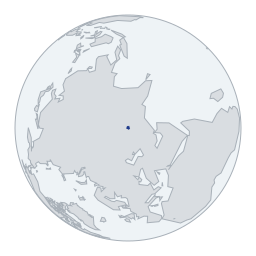 Parwan on an orthographic globe, rotated 225°
{"feature_id": "AFG-1772", "entity_name": "Parwan", "entity_type": "Province", "adm_level": 1, "iso_a3": "AFG", "parent_name": "Afghanistan", "parent_adm1": "", "projection": "orthographic", "projection_center": [68.914, 35.004], "detail": "fine", "context": "on_globe", "style": "filled", "palette": "blue", "viewbox_px": 256, "rotation_deg": 225, "n_neighbors": 0, "source": "natural_earth", "source_scale": "10m", "svg_char_len": 10948}
<svg xmlns="http://www.w3.org/2000/svg" viewBox="0 0 256 256"><g transform="rotate(225 128 128)"><circle cx="128" cy="128" r="113" fill="#eef3f6" stroke="#a8b0b8"/><path d="M149.3,17.4L151.2,18.2L160.2,22.0L165.6,23.6L162.4,23.1L174.3,27.0L180.8,30.7L171.9,26.3L169.8,25.8L173.4,28.0L172.0,28.0L173.0,29.1L171.0,29.0L166.0,26.8L164.6,26.7L167.2,28.3L166.9,29.4L163.2,27.0L162.3,28.8L153.7,26.1L145.4,20.9L139.0,20.4L126.3,18.0L125.9,18.6L120.8,18.4L118.5,19.2L116.8,18.8L116.3,19.7L118.3,20.0L118.8,20.5L117.6,21.1L115.2,20.6L115.5,20.2L114.2,20.4L113.5,20.0L113.1,20.5L110.4,20.0L111.3,21.3L107.6,21.7L106.3,21.2L108.8,20.1L112.1,17.3L111.6,17.0L108.3,17.3L97.0,19.9L95.4,20.2L91.5,21.5L91.2,21.6L94.2,20.8L92.8,21.7L96.6,20.9L96.6,21.2L99.5,21.1L96.5,22.4L91.9,23.8L89.3,24.1L87.2,24.9L87.6,25.8L80.7,27.8L72.6,32.1L71.1,32.6L72.0,31.1L77.3,27.7L78.3,26.9L85.7,23.6L93.3,20.8L101.1,18.6L109.0,17.0L117.0,15.9L125.1,15.4L133.2,15.5L141.3,16.1L149.3,17.4ZM77.9,27.1L75.1,28.8L71.4,30.7L69.7,31.7L68.3,32.6L68.7,32.5L66.9,33.6L68.8,32.2L70.8,31.0L70.4,31.2L71.8,30.4L77.9,27.1ZM152.8,18.1L153.1,18.2L151.3,17.8L151.5,17.8L152.8,18.1ZM169.8,25.0L167.7,24.0L170.2,25.1L169.8,25.0ZM173.5,29.3L174.5,29.7L174.6,30.1L173.5,29.3ZM101.0,20.5L100.3,20.8L100.1,20.6L101.0,20.5ZM103.0,20.2L103.3,19.8L104.3,19.6L104.1,19.8L103.0,20.2ZM171.6,30.4L171.4,31.2L170.7,30.0L171.6,30.4ZM102.3,20.7L106.0,19.3L107.7,19.1L108.3,19.9L102.3,20.7ZM170.7,31.4L170.2,33.7L172.4,34.6L165.7,33.5L168.4,31.8L167.2,30.1L169.1,31.2L170.7,31.4ZM119.5,19.8L117.3,19.6L120.2,19.3L119.5,19.8ZM121.2,19.6L129.6,18.5L132.2,19.3L128.9,19.4L133.2,20.2L130.3,21.1L127.3,20.9L126.2,20.1L126.0,21.1L121.2,19.6ZM162.1,32.8L161.2,33.1L161.2,32.3L162.1,32.8ZM119.2,20.7L120.7,20.4L123.0,21.0L120.5,21.9L120.6,21.4L119.2,20.7ZM135.7,20.1L137.0,20.9L135.0,21.8L135.3,22.2L130.5,21.2L135.7,20.1ZM119.4,21.5L119.2,22.3L117.0,22.6L117.9,21.2L119.4,21.5ZM124.7,20.8L125.7,21.2L124.3,21.3L124.7,20.8ZM109.0,24.2L110.7,23.5L112.1,23.8L109.0,24.2ZM119.3,22.6L120.1,22.6L120.8,22.6L120.2,23.2L119.3,22.6ZM129.4,22.0L128.4,22.3L131.3,22.4L130.0,23.2L127.0,22.5L127.7,23.2L127.3,23.4L125.4,22.6L129.4,22.0ZM121.8,24.1L117.6,23.7L114.1,24.8L112.8,24.5L118.6,22.9L121.8,24.1ZM124.1,23.3L122.4,23.7L121.6,23.1L122.3,22.4L124.1,23.3ZM130.1,24.1L133.0,23.0L133.5,23.3L130.1,24.1ZM121.0,24.5L122.0,24.6L120.8,24.7L121.0,24.5ZM127.5,24.3L128.4,23.9L129.0,24.1L127.5,24.3ZM123.3,25.3L121.9,25.1L122.4,24.6L123.3,25.3ZM125.4,24.9L126.0,25.4L123.3,24.5L125.7,24.7L125.4,24.9ZM127.9,24.6L128.6,24.6L127.4,24.8L127.9,24.6ZM122.5,27.5L119.1,26.5L120.0,25.3L123.2,26.4L122.5,27.5ZM17.7,127.4L19.3,108.3L21.3,104.6L23.7,97.9L39.8,87.8L40.9,92.0L50.9,98.2L51.8,100.1L48.1,104.7L53.7,117.5L58.4,114.7L65.9,123.1L72.4,125.8L79.1,116.5L68.4,111.9L69.0,106.0L79.5,105.4L89.3,109.8L89.8,107.7L85.7,101.0L90.0,98.3L84.5,98.4L85.2,101.1L81.8,101.3L80.9,98.9L82.5,98.0L80.2,95.9L73.3,101.4L73.3,104.7L65.9,102.5L65.1,107.9L62.3,109.1L62.6,100.4L64.2,98.0L63.0,87.3L60.7,89.5L61.6,99.9L60.4,98.4L57.3,102.0L58.7,98.1L58.2,86.6L52.9,84.3L42.5,89.7L40.2,88.0L39.9,83.6L47.4,74.6L51.7,79.5L54.4,76.9L56.7,70.8L57.8,73.0L59.3,71.2L61.2,73.0L67.1,71.1L69.6,72.5L74.8,67.9L76.8,68.1L73.1,70.7L71.9,73.5L78.4,77.5L80.5,77.1L83.4,73.8L84.8,75.6L86.8,71.9L92.0,72.9L87.3,68.8L90.6,65.4L95.4,64.0L95.6,62.3L87.9,64.6L85.6,66.2L84.9,68.7L77.8,73.1L74.9,72.6L79.2,65.6L75.6,64.4L80.5,59.9L98.3,55.8L104.3,56.5L107.8,64.7L104.7,66.4L101.9,64.1L101.8,69.4L103.1,67.4L104.3,68.9L107.7,66.4L108.7,67.4L110.3,63.4L111.9,64.4L110.9,66.9L117.4,64.4L121.5,65.9L122.5,64.9L122.4,63.4L127.7,66.5L128.2,65.6L126.6,64.3L126.6,61.7L128.6,58.6L130.3,59.8L129.8,61.1L131.4,65.9L129.9,69.4L130.8,69.7L132.6,66.9L130.6,61.0L131.3,58.8L132.7,61.4L132.3,60.3L133.2,59.6L135.7,60.1L134.4,57.3L141.9,49.1L147.5,49.7L147.9,52.6L155.0,49.2L160.8,50.7L159.4,49.4L161.8,47.2L160.0,46.6L159.5,45.9L164.9,40.8L167.5,40.8L168.2,37.7L167.5,37.1L165.6,36.8L165.7,33.5L172.4,34.6L173.8,35.9L177.1,35.9L179.7,39.0L183.4,41.8L184.4,45.6L187.2,47.7L188.2,47.5L192.7,50.5L198.8,57.8L189.6,52.7L179.7,43.2L183.4,47.0L181.3,46.5L181.8,48.1L184.5,51.0L185.6,51.0L183.5,58.4L187.5,67.7L190.3,65.5L193.8,67.0L200.8,77.1L201.9,94.9L206.6,98.2L208.0,101.3L206.5,104.5L204.4,100.0L201.3,99.6L200.3,96.8L197.2,100.9L195.7,97.1L194.0,102.4L196.5,104.9L199.8,102.4L199.0,109.1L204.5,112.6L207.0,118.8L203.9,132.9L198.0,139.1L198.0,141.3L194.7,140.1L191.8,145.4L199.0,154.4L199.3,157.6L193.8,165.7L193.5,163.5L184.7,160.4L184.1,168.2L190.8,172.4L193.1,178.6L188.4,178.0L185.9,172.5L182.8,171.2L183.0,164.6L179.0,155.6L174.2,158.7L173.9,154.6L167.8,147.3L160.5,151.3L149.4,163.6L149.0,173.8L144.7,178.5L136.7,164.5L134.8,154.5L130.9,155.5L123.5,146.7L107.7,145.0L106.4,142.1L103.3,142.9L98.2,139.4L96.6,134.6L93.1,134.2L97.7,146.8L101.6,147.3L106.1,143.5L106.5,147.7L111.5,152.0L102.6,160.6L80.8,164.8L80.3,156.8L72.0,131.7L73.2,129.5L73.2,129.2L73.2,128.7L70.8,132.1L69.9,127.1L72.6,144.2L72.3,150.8L80.5,165.1L79.3,166.0L82.4,169.2L94.3,168.9L94.0,171.4L87.4,181.3L72.4,191.5L75.3,201.1L75.8,208.0L68.5,209.6L71.3,214.9L67.9,214.9L69.1,217.5L67.5,218.8L64.1,218.6L56.0,213.8L53.8,211.3L47.2,204.1L37.2,187.9L37.5,183.2L36.0,177.8L30.4,162.0L31.5,156.2L30.4,152.1L27.9,150.4L26.9,145.5L25.5,143.8L18.6,135.6L17.7,127.4ZM31.6,95.7L30.6,97.5L31.6,95.7ZM97.9,119.9L104.8,121.9L104.5,114.6L107.2,114.8L106.1,112.4L104.5,114.1L102.3,107.4L106.3,106.2L106.9,103.2L104.6,102.4L97.7,105.8L100.7,115.1L97.9,117.5L97.9,119.9ZM71.2,30.8L71.0,31.0L69.4,32.0L69.6,31.7L71.2,30.8ZM65.2,35.8L62.4,37.4L64.6,35.9L64.4,35.8L68.8,32.7L70.6,32.8L69.0,33.2L65.2,35.8ZM75.1,29.0L72.1,30.7L75.3,28.8L75.1,29.0ZM65.4,60.9L65.0,62.8L62.8,64.2L59.7,63.2L62.9,61.0L65.4,60.9ZM65.1,65.2L70.1,59.0L72.3,59.7L70.2,60.3L71.1,61.3L68.0,62.7L65.1,69.7L62.9,71.5L58.4,68.1L61.1,68.1L61.3,66.1L65.1,65.2ZM79.3,44.5L81.6,42.5L83.3,46.4L81.0,47.8L77.8,46.7L78.6,44.3L79.3,44.5ZM102.7,22.7L103.4,22.2L104.1,22.2L104.0,22.7L102.7,22.7ZM109.7,23.9L100.1,25.3L100.5,24.7L94.5,26.6L93.1,25.8L97.0,24.5L91.5,25.6L94.5,24.1L90.6,25.1L99.5,22.3L102.0,21.3L99.8,22.7L101.0,23.3L102.2,23.3L107.7,22.6L113.6,21.0L115.8,21.7L115.7,22.6L114.6,23.1L113.5,22.5L112.8,23.6L110.5,23.0L109.7,23.9ZM113.7,36.5L113.0,34.9L111.1,38.3L108.8,37.3L108.7,37.7L106.0,37.8L102.7,38.8L102.0,38.1L100.9,38.8L99.1,38.9L97.5,39.7L95.7,38.8L93.5,39.7L93.9,38.8L90.7,40.7L92.2,38.9L90.1,39.2L89.7,40.7L83.7,35.5L80.0,35.0L76.0,35.8L79.2,33.0L84.9,30.8L91.3,29.4L94.5,30.3L95.3,29.1L97.1,29.2L95.6,30.1L98.9,28.8L99.9,29.3L105.7,28.8L109.6,27.0L111.8,26.9L110.8,27.9L113.7,27.2L113.2,29.0L114.8,29.0L115.9,31.0L113.0,33.0L115.0,32.9L115.9,34.6L113.7,36.5ZM122.7,28.1L119.8,30.4L117.1,31.1L116.3,27.4L114.9,27.1L114.3,25.1L118.3,24.2L118.1,24.9L118.8,25.3L117.3,25.4L119.1,25.7L118.9,26.6L120.2,27.1L118.9,27.7L122.7,28.1ZM54.2,99.2L55.2,100.2L57.0,101.2L55.0,103.6L54.2,99.2ZM53.8,91.4L54.8,91.7L53.0,95.3L52.0,94.4L53.8,91.4ZM57.0,89.0L55.0,91.5L55.5,89.6L57.0,89.0ZM74.3,71.0L75.6,71.3L75.1,72.2L73.7,73.0L74.3,71.0ZM107.8,47.3L107.8,46.0L108.6,45.9L110.8,43.3L112.7,44.0L112.1,45.8L107.8,47.3ZM76.4,117.5L73.6,118.7L73.0,117.4L74.1,117.2L76.4,117.5ZM63.1,111.1L65.4,113.9L62.5,111.7L63.1,111.1ZM110.3,47.6L110.9,46.5L111.5,47.5L110.3,47.6ZM114.2,44.4L115.1,45.5L113.2,43.8L114.2,44.4ZM128.0,239.9L129.7,240.1L127.8,240.2L128.0,239.9ZM93.6,211.4L90.0,221.3L85.1,220.1L82.8,216.6L83.2,210.2L88.6,209.5L90.8,206.7L93.6,211.4ZM213.2,184.2L215.3,183.3L215.1,183.7L213.2,184.2ZM211.0,184.2L213.6,182.8L210.4,185.3L211.0,184.2ZM214.5,182.3L217.1,180.0L218.2,178.6L217.9,179.6L214.5,182.3ZM209.2,185.2L198.8,190.0L194.4,190.6L195.6,188.7L202.7,186.2L209.2,185.2ZM195.3,188.8L188.4,186.9L177.8,176.8L181.6,176.1L192.5,180.8L191.8,182.4L196.0,184.3L195.3,188.8ZM211.2,173.9L210.5,178.2L204.9,180.6L202.3,181.2L200.5,176.8L201.5,173.7L203.7,172.8L211.4,159.6L214.2,160.4L212.1,165.6L214.4,168.0L211.2,173.9ZM149.6,174.7L152.6,180.2L150.2,181.4L149.6,174.7ZM213.8,151.3L211.2,157.1L213.3,150.0L213.8,151.3ZM214.6,145.0L215.2,147.1L213.6,145.7L214.6,145.0ZM198.6,144.3L196.3,145.8L195.9,144.3L198.6,141.5L198.6,144.3ZM208.9,124.1L210.1,128.7L210.1,130.5L208.5,128.2L208.9,124.1ZM127.7,53.8L122.5,56.4L120.0,59.1L120.7,61.8L117.6,59.3L121.3,55.0L127.7,53.8ZM140.0,49.4L139.4,47.3L141.1,47.7L141.5,48.2L140.0,49.4ZM138.6,48.5L135.2,47.1L135.8,45.6L138.4,47.0L138.6,48.5ZM122.6,46.9L120.9,47.6L120.5,46.6L122.6,46.9ZM213.7,201.1L213.1,201.7L197.7,215.6L195.1,216.9L197.6,214.5L198.8,210.0L199.8,209.6L201.4,205.6L211.5,196.6L219.3,185.0L222.9,182.4L226.9,174.2L229.9,171.1L227.8,176.7L229.6,175.8L234.2,163.0L232.4,170.2L228.7,178.5L224.3,186.4L219.3,193.9L213.7,201.1ZM218.3,181.3L221.5,176.3L222.9,174.9L218.3,181.3ZM237.4,152.1L237.6,154.0L236.8,156.4L236.2,155.9L234.7,160.8L231.8,164.7L232.8,161.9L232.7,159.7L229.0,162.8L228.3,161.8L229.8,159.1L227.1,160.2L230.1,156.5L231.2,159.1L232.8,154.4L235.1,152.0L236.9,150.2L237.8,150.3L237.4,152.1ZM229.7,164.8L230.1,164.3L229.6,165.9L229.7,164.8ZM239.8,141.9L239.9,141.2L239.8,141.4L239.8,141.9ZM238.2,149.1L239.4,143.0L239.6,142.3L238.7,147.8L238.2,149.1ZM239.3,141.7L239.7,140.7L239.7,141.7L239.6,142.5L239.3,141.7ZM223.5,167.1L223.3,168.3L222.4,168.2L223.5,167.1ZM224.7,165.6L227.2,164.6L224.4,166.7L224.7,165.6ZM215.9,168.0L216.8,170.0L219.6,166.6L217.4,170.3L219.1,173.2L218.4,175.1L216.7,171.9L215.8,176.9L214.5,177.6L214.0,174.1L215.4,168.5L216.7,165.7L221.7,161.5L215.9,168.0ZM224.7,162.5L224.0,160.1L224.5,157.7L225.3,158.7L224.7,162.5ZM221.5,154.5L219.1,152.4L217.3,155.0L220.6,147.5L222.4,150.8L221.5,154.5ZM218.9,147.9L217.2,150.3L218.7,146.2L218.9,147.9ZM216.6,149.4L216.0,147.1L217.5,146.5L216.6,149.4ZM219.8,147.4L219.5,143.0L220.6,145.0L219.8,147.4ZM214.4,141.8L218.2,144.0L213.8,144.8L211.9,136.6L213.7,135.4L214.4,141.8ZM213.3,101.9L211.9,99.8L213.0,98.2L213.6,100.1L213.3,101.9ZM215.3,91.8L212.8,97.1L210.6,101.7L212.1,102.0L213.0,106.6L209.9,103.9L210.3,97.8L212.2,95.1L211.0,91.5L211.4,87.9L208.9,84.0L208.6,81.6L211.5,84.4L215.3,91.8ZM207.7,82.5L203.5,75.3L206.2,74.3L207.8,75.6L208.6,79.3L207.1,79.6L207.7,82.5ZM203.2,73.4L201.7,73.7L192.3,65.5L191.0,63.6L199.7,68.8L198.7,69.5L200.5,71.8L203.2,73.4ZM162.3,33.6L161.3,33.1L162.5,33.2L162.3,33.6ZM158.5,45.6L158.0,44.6L159.4,44.6L158.5,45.6ZM157.3,41.8L156.1,42.5L156.7,41.2L157.3,41.8ZM153.5,44.2L155.3,42.5L154.6,44.9L153.5,44.2Z" fill="#d9dde1" stroke="#a8b0b8" stroke-width="1"/><path d="M128.2,128.2L128.0,128.3L128.0,128.5L127.9,128.6L127.9,128.8L127.8,128.7L127.7,128.7L127.4,128.6L127.2,128.7L127.0,128.4L126.9,128.4L126.9,128.2L126.9,127.9L127.0,127.9L127.3,127.9L127.5,127.9L127.6,127.7L127.8,127.6L128.0,127.5L128.1,127.4L128.3,127.3L128.4,127.2L128.5,127.2L128.6,127.3L128.5,127.6L128.6,127.8L128.6,128.0L128.8,128.0L129.0,128.2L129.1,128.3L129.1,128.5L129.0,128.8L128.9,128.8L128.8,128.7L128.7,128.5L128.6,128.4L128.5,128.2L128.4,128.2L128.4,128.3L128.3,128.2L128.2,128.2Z" fill="#3b82f6" stroke="#1e3a8a" stroke-width="1.5"/></g></svg>